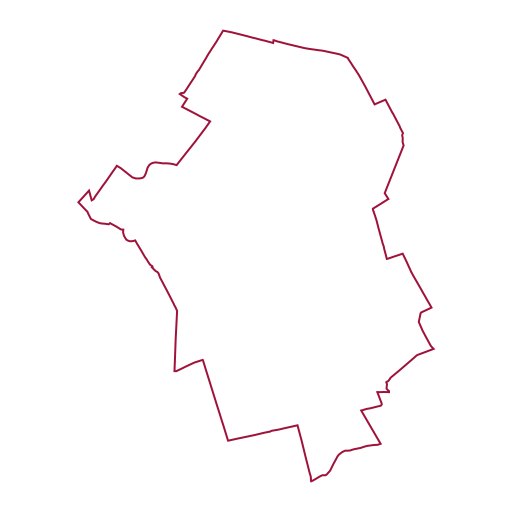 Fierbinti-Targ, Ilfov, Romania (Natural Earth projection)
{"feature_id": "2599482B78401565659465", "entity_name": "Fierbinti-Targ", "entity_type": "district", "adm_level": 2, "iso_a3": "ROU", "parent_name": "Romania", "parent_adm1": "Ilfov", "projection": "natural_earth1", "projection_center": [26.385, 44.666], "detail": "fine", "context": "isolated", "style": "outline", "palette": "rose", "viewbox_px": 512, "rotation_deg": 0, "n_neighbors": 0, "source": "geoboundaries", "source_scale": "gbopen_adm2", "svg_char_len": 5068}
<svg xmlns="http://www.w3.org/2000/svg" viewBox="0 0 512 512"><path d="M314.4,49.6L309.3,48.9L304.5,48.1L287.3,44.0L283.9,43.1L277.3,41.4L274.2,40.3L273.5,40.2L273.4,41.0L273.3,42.0L273.1,43.0L272.2,42.7L264.9,40.7L262.1,40.1L259.6,39.4L258.3,39.1L255.8,38.4L254.5,38.1L251.9,37.5L249.4,36.8L246.0,35.9L232.1,32.4L226.1,31.2L223.9,30.8L223.0,30.7L221.9,32.7L221.5,33.3L220.0,35.8L218.7,37.9L216.8,41.1L214.4,44.8L213.7,45.8L213.5,46.2L213.2,46.7L212.8,47.2L211.6,49.0L211.0,50.0L210.3,51.1L209.4,52.5L209.2,52.7L208.5,53.9L207.3,55.8L206.4,57.5L205.8,58.5L205.1,59.7L204.5,60.6L203.1,63.0L202.9,63.3L202.0,64.8L201.3,66.0L199.0,69.9L197.9,71.1L197.8,71.3L196.5,73.1L195.8,74.3L195.5,74.8L195.2,75.8L195.0,76.2L193.0,79.3L191.6,81.4L191.0,82.3L188.5,86.1L186.6,89.1L184.4,92.3L184.2,92.6L183.8,92.7L183.4,92.9L180.8,93.2L179.8,94.0L184.4,97.2L185.6,97.8L187.2,98.7L182.0,106.8L195.7,113.9L200.0,116.2L210.1,121.4L205.1,128.5L203.1,131.1L195.3,141.5L185.9,153.3L176.6,165.1L173.0,164.1L170.1,163.6L166.5,163.3L162.5,163.3L158.9,162.8L155.5,162.4L152.6,162.9L150.8,163.8L149.1,165.2L147.5,167.9L147.0,169.8L145.6,173.9L144.3,176.5L142.9,177.7L140.2,178.4L136.0,178.5L132.4,177.4L120.7,168.1L116.8,165.8L116.0,167.1L112.1,172.6L108.3,178.1L105.3,182.4L103.4,184.9L101.0,188.3L97.6,193.1L96.0,195.3L94.9,196.9L94.5,197.7L93.6,199.2L91.7,200.3L90.8,197.1L90.2,194.9L90.0,194.1L89.8,193.3L89.0,190.6L88.4,191.3L83.4,196.8L78.4,202.3L82.2,206.3L85.5,209.8L87.5,211.8L87.5,212.0L87.9,213.0L90.8,218.8L91.1,219.1L91.7,219.4L92.6,219.9L95.0,221.2L97.5,222.3L98.5,222.7L99.9,223.2L100.5,223.3L102.0,223.5L104.3,223.7L106.0,223.9L108.5,224.3L109.0,224.1L109.4,223.7L110.0,223.1L111.6,224.0L116.8,226.8L117.8,227.5L119.1,228.3L121.1,229.5L123.3,229.6L123.1,232.4L123.7,234.8L124.0,235.6L124.4,236.6L126.3,239.6L127.7,240.5L129.7,241.2L131.2,241.3L133.7,240.9L135.2,240.4L136.7,243.1L137.3,244.1L138.7,246.4L139.4,247.6L141.4,250.9L143.2,254.0L145.0,257.1L146.0,258.5L147.0,259.8L147.7,261.2L148.7,262.6L149.4,263.8L150.4,265.0L151.1,265.4L152.4,266.3L152.6,267.3L152.1,267.5L152.7,268.1L153.8,269.3L155.7,271.1L157.4,272.0L158.2,272.9L158.8,274.0L160.0,277.5L167.5,291.7L168.6,293.8L171.8,300.1L172.8,302.1L173.7,303.7L174.1,304.8L174.3,305.2L175.3,307.0L176.0,308.4L177.1,310.9L177.0,312.8L176.4,324.8L175.7,338.3L175.1,355.1L174.6,368.2L174.5,371.1L176.2,371.2L181.1,368.9L185.5,366.7L188.7,365.2L194.3,362.6L202.7,359.9L202.9,360.1L203.5,362.0L205.2,367.6L209.8,382.3L218.1,408.9L218.2,409.1L219.8,414.2L222.1,421.6L223.1,424.6L227.9,440.2L228.1,440.7L237.1,438.7L241.0,437.9L241.9,437.7L246.6,436.7L249.3,436.2L250.7,435.8L252.6,435.5L258.6,434.1L263.5,432.9L268.4,431.9L269.6,431.7L270.4,431.5L270.9,431.1L271.2,430.9L273.9,430.4L277.0,429.9L279.1,429.5L283.7,428.4L288.2,427.4L289.9,427.0L291.8,426.6L297.5,425.3L301.0,438.4L301.4,439.8L302.6,444.7L305.9,458.2L307.9,466.0L309.3,471.6L310.2,474.8L310.7,476.2L310.9,478.2L311.0,480.8L311.2,481.3L312.4,480.8L312.8,480.6L315.4,479.1L318.1,477.5L319.6,476.6L321.3,475.7L322.6,475.2L325.0,475.3L326.4,474.8L330.1,470.7L333.7,463.4L336.3,458.7L337.5,456.4L338.2,455.5L338.9,454.6L342.3,452.0L345.1,450.7L349.7,450.6L353.3,449.4L360.7,447.9L364.2,446.7L367.2,445.9L373.9,445.0L377.7,444.8L380.6,443.8L361.2,410.5L362.8,410.1L365.0,409.4L366.5,409.0L367.7,408.7L369.3,408.5L371.9,407.9L375.9,406.9L378.7,406.2L379.9,405.9L380.8,405.7L381.2,405.2L381.5,404.8L381.7,404.5L381.8,404.3L381.8,404.2L381.7,403.8L381.4,402.6L380.5,400.5L378.9,396.2L378.5,395.0L378.1,394.2L377.7,393.1L377.6,392.7L377.3,392.1L377.6,392.0L378.1,392.1L379.6,392.1L381.4,392.1L383.3,392.0L388.0,392.1L389.0,392.1L389.0,391.1L388.2,390.4L387.3,389.6L386.6,388.7L386.5,388.2L386.6,387.5L387.0,384.2L386.8,383.6L386.3,382.4L386.3,382.1L386.6,381.8L387.7,381.4L388.2,381.1L389.9,378.9L390.6,377.7L399.3,370.5L412.3,359.3L416.7,355.4L417.9,354.8L425.4,352.0L433.6,348.9L431.8,347.0L430.7,345.7L429.4,343.3L425.9,336.9L423.2,331.8L422.4,330.3L421.6,328.4L420.0,324.8L418.8,321.9L420.6,313.2L420.9,312.9L421.3,312.4L431.5,307.6L430.5,305.8L428.9,303.0L426.4,298.7L425.6,297.2L422.9,292.5L421.0,289.1L419.5,286.5L413.5,276.1L413.0,275.2L411.1,271.7L410.1,269.4L408.8,266.6L406.4,261.3L402.7,253.7L393.6,256.7L387.8,258.7L386.8,258.9L385.8,254.8L385.2,252.7L384.3,249.3L383.7,246.3L382.6,243.2L382.3,242.3L382.2,241.5L381.5,239.1L378.3,227.4L377.5,224.2L376.6,220.7L375.2,216.2L374.7,214.8L373.7,211.8L372.9,209.6L372.9,208.7L388.4,199.0L384.7,193.2L403.6,145.5L403.4,144.8L403.0,143.4L402.6,142.0L402.6,141.1L402.7,140.2L402.7,138.1L402.6,137.2L402.2,135.7L402.2,135.1L402.6,134.0L403.0,133.2L402.8,132.7L402.1,131.5L401.4,130.1L400.3,128.0L400.0,127.2L399.8,126.7L399.6,126.1L399.2,125.4L392.8,113.2L392.6,113.1L392.4,112.8L385.5,99.7L380.5,101.8L374.6,104.4L370.1,95.8L365.6,87.2L363.3,83.0L360.5,78.0L358.9,75.1L357.4,72.8L356.0,70.6L354.5,68.4L352.9,66.1L351.1,63.2L350.1,61.7L348.9,59.9L347.8,58.2L347.8,57.9L342.7,55.6L340.6,54.7L339.9,54.4L336.9,53.7L330.7,52.4L323.2,50.8L322.0,50.6L319.3,50.3L314.4,49.6Z" fill="none" stroke="#9f1239" stroke-width="2"/></svg>